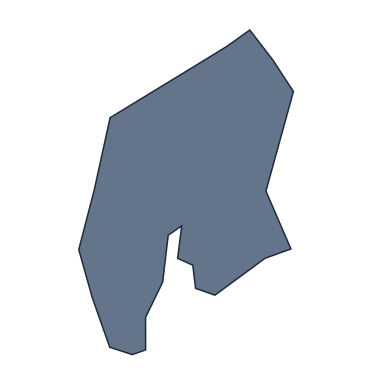 the state/province of Sha Tin, rotated 162°
{"feature_id": "HKG-5163", "entity_name": "Sha Tin", "entity_type": "state/province", "adm_level": 1, "iso_a3": "HKG", "parent_name": "Hong Kong S.A.R.", "parent_adm1": "", "projection": "robinson", "projection_center": [114.207, 22.389], "detail": "fine", "context": "isolated", "style": "filled", "palette": "slate", "viewbox_px": 384, "rotation_deg": 162, "n_neighbors": 0, "source": "natural_earth", "source_scale": "10m", "svg_char_len": 449}
<svg xmlns="http://www.w3.org/2000/svg" viewBox="0 0 384 384"><g transform="rotate(162 192 192)"><path d="M202.1,86.8L218.4,99.2L213.9,122.1L226.2,133.3L212.3,163.0L228.0,158.2L247.7,115.4L274.9,87.1L284.9,56.2L299.0,55.8L318.2,69.7L319.5,122.3L317.5,172.2L284.2,224.4L246.9,288.0L152.7,310.4L113.6,319.8L87.0,328.2L74.3,292.5L64.5,256.2L121.4,170.0L115.5,107.3L143.0,106.4L202.1,86.8Z" fill="#64748b" stroke="#1e293b" stroke-width="1.5"/></g></svg>